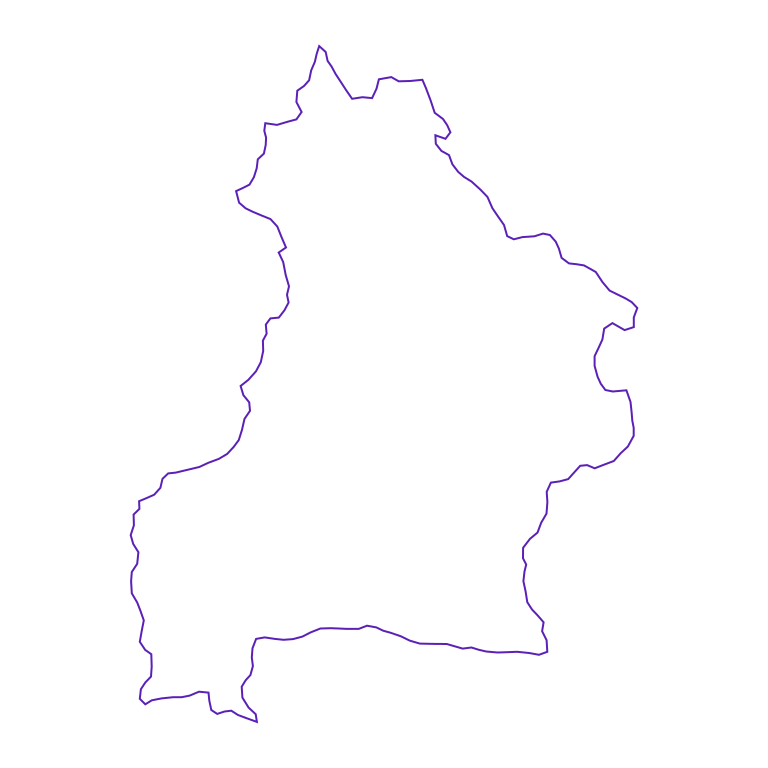 Itutinga, Minas Gerais, Brazil (orthographic projection)
{"feature_id": "56859067B50516220811290", "entity_name": "Itutinga", "entity_type": "district", "adm_level": 2, "iso_a3": "BRA", "parent_name": "Brazil", "parent_adm1": "Minas Gerais", "projection": "orthographic", "projection_center": [-44.715, -21.34], "detail": "fine", "context": "isolated", "style": "outline", "palette": "violet", "viewbox_px": 768, "rotation_deg": 0, "n_neighbors": 0, "source": "geoboundaries", "source_scale": "gbopen_adm2", "svg_char_len": 3092}
<svg xmlns="http://www.w3.org/2000/svg" viewBox="0 0 768 768"><path d="M626.4,390.3L612.8,391.5L605.4,390.0L600.8,383.8L597.6,376.8L594.6,365.9L594.6,356.2L598.7,347.6L602.4,339.5L604.2,328.6L612.4,323.1L624.6,330.1L633.8,327.1L633.8,317.4L637.3,308.0L631.7,302.1L625.5,298.4L618.3,294.9L609.6,290.6L602.4,282.0L595.8,272.0L584.0,265.4L576.4,264.2L569.0,263.4L561.6,257.9L558.9,248.6L555.7,241.6L549.9,235.0L543.0,233.6L534.4,236.3L522.4,237.1L513.8,239.3L507.2,236.1L504.0,225.0L497.5,215.7L492.4,208.2L487.5,197.0L480.4,189.6L471.6,181.6L464.0,176.9L458.2,171.9L452.4,164.3L449.0,155.1L441.4,150.9L435.8,143.8L435.4,135.3L445.5,138.8L450.4,132.3L447.2,125.2L443.0,119.0L434.7,112.8L430.6,100.4L425.9,88.0L422.4,79.8L410.0,81.0L398.7,81.3L391.3,77.1L378.9,79.3L376.5,88.7L372.1,98.1L362.4,97.2L352.1,98.8L346.3,90.4L340.2,81.0L335.6,74.0L331.6,66.6L327.6,60.9L325.7,52.0L319.2,46.1L316.7,53.8L314.9,61.7L311.2,70.4L309.1,80.3L304.0,86.0L297.3,90.7L296.4,102.0L301.6,112.0L296.4,119.4L287.4,121.8L277.0,124.9L265.3,123.2L264.3,130.8L266.1,137.7L265.7,145.0L263.9,153.6L257.8,159.3L256.7,168.3L253.9,177.2L249.5,184.6L242.6,188.1L236.1,191.1L239.1,202.7L245.6,208.3L252.8,211.8L261.1,215.3L270.5,219.1L277.3,226.5L281.6,237.3L286.0,247.5L278.7,252.5L283.2,262.1L285.7,275.0L289.0,286.3L287.0,294.8L288.6,302.5L284.5,310.2L278.8,317.6L270.4,318.4L265.8,324.6L266.6,333.7L262.9,340.6L263.2,351.0L260.8,362.2L256.0,371.3L248.4,379.8L240.6,386.0L243.4,395.2L249.2,402.3L250.0,410.8L244.5,418.9L242.0,429.8L238.8,440.0L233.7,446.9L227.2,453.9L218.8,458.9L208.3,462.8L199.3,467.0L187.1,469.9L175.8,472.6L168.2,473.4L162.5,478.8L160.4,487.8L154.2,494.7L146.3,498.2L139.1,501.2L139.4,508.9L133.6,514.5L133.9,525.3L130.7,535.1L133.2,543.9L138.4,552.2L137.2,563.8L131.8,572.0L131.1,581.2L131.8,593.3L137.2,602.5L140.4,610.7L143.8,620.4L141.7,631.0L139.8,641.8L145.2,649.9L151.3,654.2L151.7,666.6L151.0,676.6L145.3,682.5L140.9,689.2L139.8,698.8L145.3,704.3L151.8,700.3L161.6,698.4L173.1,697.2L181.7,697.2L189.7,695.6L199.0,691.7L208.5,692.6L209.3,700.6L211.3,710.0L217.2,713.9L224.6,711.5L231.3,710.7L238.0,715.0L246.3,718.1L256.9,721.9L255.7,714.2L248.6,707.6L242.4,697.6L241.7,686.7L245.7,680.2L250.4,675.1L252.9,666.1L251.8,657.5L252.5,648.3L256.1,638.9L264.7,637.4L274.9,638.9L283.6,639.8L293.0,639.1L302.4,636.6L310.6,632.4L320.4,628.5L330.6,628.2L338.7,628.5L347.0,628.9L358.7,628.9L367.0,625.7L376.3,627.4L383.2,630.7L390.4,632.7L400.9,636.3L409.7,640.6L419.8,643.6L433.7,643.9L446.8,644.0L454.7,646.3L462.7,648.6L471.4,647.5L478.9,649.8L486.2,651.5L497.5,652.5L507.0,652.2L517.2,651.8L529.1,653.0L539.0,654.8L547.3,651.8L546.6,640.2L542.1,631.2L543.6,622.3L537.9,615.7L532.0,609.5L527.3,602.2L525.5,590.9L523.4,581.2L524.5,571.5L526.2,564.5L523.0,558.3L523.1,547.8L530.0,538.8L537.5,532.6L541.2,522.7L546.5,513.6L547.4,502.1L546.7,491.8L550.9,482.6L559.6,481.4L568.2,479.1L574.4,472.2L580.2,465.8L587.1,465.1L594.7,468.3L603.7,464.8L613.8,461.0L620.7,453.2L627.9,446.5L633.7,435.8L633.7,427.9L632.3,420.7L631.6,412.1L630.5,401.9L626.4,390.3Z" fill="none" stroke="#5b21b6" stroke-width="2"/></svg>